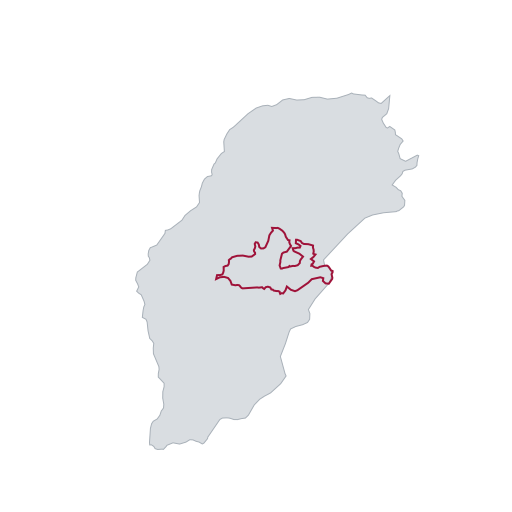 location of Pest within Hungary, rotated 136°
{"feature_id": "HUN-3164", "entity_name": "Pest", "entity_type": "County", "adm_level": 1, "iso_a3": "HUN", "parent_name": "Hungary", "parent_adm1": "", "projection": "natural_earth1", "projection_center": [19.256, 47.5], "detail": "fine", "context": "in_parent", "style": "outline", "palette": "rose", "viewbox_px": 512, "rotation_deg": 136, "n_neighbors": 0, "source": "natural_earth", "source_scale": "10m", "svg_char_len": 4741}
<svg xmlns="http://www.w3.org/2000/svg" viewBox="0 0 512 512"><g transform="rotate(136 256 256)"><path d="M417.7,158.3L423.5,157.6L423.8,157.7L425.2,158.1L426.2,161.7L426.3,161.9L427.8,164.3L429.1,167.5L431.2,169.8L435.7,170.8L441.6,173.8L445.5,179.3L451.3,181.6L451.7,181.7L452.8,181.4L456.9,181.2L457.7,182.3L461.1,185.1L462.4,187.5L461.8,190.0L462.4,192.8L463.7,193.9L462.2,195.8L451.6,205.4L447.5,207.9L444.7,208.5L440.3,207.4L435.8,208.2L431.8,210.3L428.1,210.9L425.3,213.4L421.8,218.6L417.3,223.1L412.9,225.8L410.5,228.3L410.4,236.8L407.9,239.3L404.5,241.7L402.7,243.9L397.7,256.9L393.9,261.1L390.2,264.2L389.6,267.2L389.7,270.5L385.6,277.2L380.2,284.1L379.1,286.9L380.4,290.8L375.1,295.2L372.1,297.3L369.6,298.3L368.0,301.1L365.5,307.8L366.2,310.8L366.3,313.6L361.8,315.2L360.5,318.3L359.4,322.1L357.6,323.8L352.5,326.9L340.0,325.5L335.3,326.6L333.9,328.9L333.6,330.7L332.1,332.4L329.2,334.5L326.3,335.4L319.8,332.8L305.8,335.5L303.4,337.4L301.4,336.0L298.4,334.8L284.4,333.2L278.9,334.5L271.5,334.0L264.6,332.6L259.5,333.7L255.0,339.0L252.8,340.8L251.0,342.0L247.2,343.7L244.0,345.7L239.7,347.1L235.8,346.9L232.2,344.6L230.9,345.1L229.7,347.2L227.8,349.0L222.3,351.3L221.0,351.2L220.6,351.2L216.5,352.9L209.6,353.8L206.2,353.1L199.9,360.5L198.0,361.9L192.0,364.1L187.1,365.2L183.0,364.4L181.3,364.3L162.8,363.9L153.1,362.3L146.9,359.4L142.8,356.2L140.8,352.6L136.0,350.5L128.4,349.7L122.6,346.2L118.4,339.9L112.7,334.9L105.5,331.2L99.9,326.0L95.7,319.3L88.2,313.3L77.3,307.9L74.0,306.8L73.4,305.0L68.1,298.4L65.8,295.9L66.1,292.6L65.0,290.7L63.1,289.4L62.1,284.7L61.5,281.1L60.0,278.8L48.3,278.4L58.2,269.9L63.1,267.5L68.8,267.9L70.6,267.1L71.1,265.9L72.1,263.2L72.6,260.6L73.1,258.1L72.5,256.7L69.8,256.3L68.6,250.2L70.0,248.0L71.4,246.4L69.8,239.0L70.3,236.5L74.7,236.1L78.4,234.5L81.4,232.8L82.2,230.5L84.7,225.9L82.6,220.2L69.9,216.5L69.3,215.1L72.2,213.5L75.4,211.2L77.3,209.4L79.7,209.2L83.1,210.1L89.2,214.2L91.6,214.8L93.8,213.6L96.3,213.3L103.0,213.5L108.7,212.5L107.5,208.1L107.6,205.0L106.6,202.4L107.2,199.6L109.6,197.5L110.3,192.6L113.9,189.3L115.6,188.8L121.8,189.4L123.3,190.3L124.3,190.5L134.2,198.5L143.6,204.5L151.3,207.6L162.7,207.9L174.7,208.2L195.0,207.1L210.1,206.3L211.1,204.8L213.4,201.2L211.6,198.1L211.7,194.5L214.3,189.7L221.7,185.8L243.2,184.1L255.5,181.1L257.3,177.1L261.4,173.2L265.1,172.4L270.2,174.2L276.4,177.7L281.8,179.5L285.0,178.3L295.8,172.5L308.3,166.8L316.8,151.3L317.7,148.8L327.0,147.0L340.6,147.4L347.6,149.4L352.9,150.4L360.7,150.1L372.0,146.8L376.2,146.8L379.5,149.2L383.0,151.2L385.5,153.7L387.3,157.2L388.3,158.6L389.9,160.3L392.8,162.8L395.6,163.5L416.5,159.2L417.7,158.3Z" fill="#d9dde1" stroke="#a8b0b8" stroke-width="1"/><path d="M215.7,202.8L213.4,201.3L211.6,199.8L211.2,198.3L211.4,196.7L212.0,193.5L211.8,192.6L211.4,192.3L211.3,192.0L212.1,191.2L212.6,190.9L213.8,190.7L214.4,190.3L216.1,187.4L217.1,186.6L222.9,185.5L225.0,188.0L225.2,191.6L223.0,193.3L224.5,196.0L232.0,200.6L237.0,200.5L250.0,202.6L252.4,203.6L254.4,207.5L255.0,212.6L258.7,210.8L262.5,210.2L263.3,211.4L264.1,211.7L264.9,211.9L264.5,212.9L263.8,213.9L264.4,215.4L265.6,216.5L267.3,218.9L267.3,220.2L268.2,221.2L267.6,223.5L268.8,225.7L270.7,226.8L273.0,226.6L273.3,228.0L273.3,229.3L275.9,231.2L277.0,232.6L288.1,242.0L288.6,243.1L288.6,244.5L288.4,245.7L288.5,246.8L289.6,248.2L291.1,249.2L293.3,252.3L291.7,255.8L291.4,259.6L293.4,263.1L296.8,265.8L300.7,267.1L297.3,269.3L295.0,267.2L293.0,266.1L291.2,266.8L289.4,267.9L286.9,270.6L284.9,270.0L283.1,268.8L281.2,269.2L279.4,270.6L278.4,271.9L277.2,271.9L276.1,271.6L274.1,271.7L269.4,269.2L266.6,266.7L265.2,265.5L261.8,260.6L259.5,258.6L255.3,258.0L254.4,259.0L254.2,260.6L253.5,261.7L251.6,262.3L249.9,263.3L248.5,265.6L246.7,266.1L245.5,264.5L246.0,262.3L247.4,260.2L247.2,258.0L245.4,256.3L243.2,255.8L236.6,258.4L232.0,261.6L229.1,262.3L226.2,262.5L224.9,265.1L221.9,261.9L221.0,261.3L220.6,260.6L220.1,259.1L219.5,256.0L219.5,254.5L219.6,252.9L220.0,251.4L221.2,249.1L221.9,245.3L221.0,244.0L222.5,242.8L223.4,240.8L223.8,238.9L230.8,237.7L233.8,239.4L235.7,239.6L241.5,236.0L242.7,234.7L245.6,232.8L246.9,229.8L246.1,228.9L244.9,228.5L240.2,225.4L238.9,225.6L238.7,224.7L236.4,223.3L235.0,221.8L232.4,220.4L229.4,220.5L228.0,221.8L226.3,222.4L222.6,222.9L223.2,227.5L225.3,232.8L225.4,233.8L224.2,236.1L222.3,234.3L220.3,233.2L218.6,231.6L217.0,232.3L217.4,234.9L218.5,237.5L215.9,239.9L215.1,239.1L213.5,235.7L213.9,233.4L213.2,231.4L210.1,228.1L207.7,223.9L209.2,222.5L210.2,220.5L211.5,219.0L213.2,217.9L212.8,216.8L212.2,215.8L215.4,215.4L218.6,215.7L218.0,211.8L220.5,211.0L221.8,211.4L223.0,210.6L222.2,209.9L221.8,207.6L221.2,206.2L219.8,204.4L217.7,204.0L215.8,202.8L215.7,202.8Z" fill="none" stroke="#9f1239" stroke-width="2"/></g></svg>